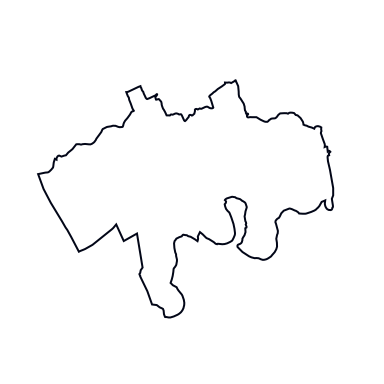 outline of Ploscuteni, Vrancea, Romania, rotated 255°
{"feature_id": "2599482B48240980122833", "entity_name": "Ploscuteni", "entity_type": "district", "adm_level": 2, "iso_a3": "ROU", "parent_name": "Romania", "parent_adm1": "Vrancea", "projection": "robinson", "projection_center": [27.264, 46.078], "detail": "fine", "context": "isolated", "style": "outline", "palette": "ink", "viewbox_px": 384, "rotation_deg": 255, "n_neighbors": 0, "source": "geoboundaries", "source_scale": "gbopen_adm2", "svg_char_len": 6092}
<svg xmlns="http://www.w3.org/2000/svg" viewBox="0 0 384 384"><g transform="rotate(255 192 192)"><path d="M273.4,119.9L268.2,113.4L267.1,112.5L265.5,110.5L265.0,109.4L264.4,107.6L264.3,106.2L264.6,105.1L266.1,101.1L266.5,98.7L266.5,97.1L267.4,95.4L267.9,93.5L268.0,92.5L264.4,87.7L263.6,86.0L262.1,82.6L260.1,79.8L260.2,77.9L260.0,75.1L261.5,73.2L261.6,72.3L261.2,71.4L260.0,70.1L259.4,69.8L258.3,69.5L259.5,68.1L256.3,66.1L252.8,64.7L251.6,64.1L249.9,61.7L248.7,59.5L248.3,58.4L248.3,57.5L248.7,55.3L249.1,48.0L233.3,49.4L218.1,52.8L197.2,58.9L190.4,60.7L187.7,61.7L179.7,63.7L163.6,67.3L163.9,68.4L164.3,71.9L164.6,74.0L166.7,82.2L176.8,105.1L177.6,106.6L180.3,110.4L162.3,113.4L166.1,128.1L131.8,124.7L129.7,122.2L127.2,121.0L126.4,120.0L125.9,119.9L124.7,120.2L124.2,120.3L123.9,120.1L107.7,123.2L93.7,124.3L91.9,128.7L89.0,130.9L87.2,133.1L86.6,133.7L84.8,133.9L81.2,133.3L78.3,133.6L78.0,134.2L77.9,134.8L76.8,137.1L76.4,138.6L76.5,142.2L77.2,146.4L77.8,148.3L78.2,149.1L78.7,150.2L80.1,152.0L81.9,153.6L84.8,155.2L87.0,155.9L90.0,156.2L94.3,155.9L95.6,155.6L100.2,153.5L101.9,152.9L104.0,152.5L106.9,149.4L109.7,147.8L112.7,149.8L115.9,151.6L119.7,153.3L122.4,154.3L123.0,154.8L124.1,156.3L125.4,157.7L126.0,158.1L129.2,159.6L130.7,160.0L134.3,160.1L136.0,160.5L137.9,160.2L142.5,160.5L147.1,161.4L149.1,162.5L149.5,163.0L150.1,163.9L150.9,164.7L151.1,165.1L151.2,166.1L151.5,167.1L151.7,168.5L151.8,170.5L152.8,171.8L153.0,172.5L152.0,174.6L151.6,175.8L150.3,176.9L149.1,179.1L145.4,182.7L143.1,184.6L144.2,185.3L145.3,185.8L147.5,186.1L151.2,189.3L148.3,191.4L144.8,193.4L143.7,194.1L142.0,196.3L137.9,200.1L135.9,201.4L135.1,202.7L135.3,203.0L135.3,203.6L133.7,207.8L133.3,210.0L133.3,212.5L133.5,213.7L133.9,215.9L134.5,217.9L135.1,218.7L137.0,220.4L139.2,222.1L140.0,222.5L141.1,222.9L145.5,223.5L150.4,223.8L157.2,223.4L161.5,222.9L162.6,222.7L164.5,221.5L166.9,220.5L169.5,220.3L171.7,220.4L172.6,221.7L173.8,222.4L175.1,222.1L175.7,221.7L176.1,222.1L176.6,223.3L176.8,224.1L177.0,228.9L177.0,229.5L175.8,232.3L174.5,233.4L172.8,236.4L171.5,237.5L170.3,238.3L170.0,238.8L168.7,240.0L168.0,240.5L167.1,240.8L163.6,241.0L163.0,240.9L162.0,240.3L159.5,238.7L156.5,237.4L154.9,236.5L150.1,236.0L148.7,236.3L147.6,236.2L146.7,235.5L144.3,235.7L143.6,235.4L143.2,234.1L139.4,233.3L136.6,231.5L135.0,229.7L133.8,228.6L132.4,228.2L130.6,227.1L129.9,226.3L129.5,225.3L129.2,223.0L129.0,222.5L128.4,222.0L127.6,221.8L127.0,221.8L121.0,225.2L115.1,230.5L113.5,232.5L111.8,235.5L111.6,236.9L110.9,238.9L110.4,239.7L109.2,241.1L108.1,242.9L107.8,244.6L107.8,246.6L108.2,248.4L109.2,251.4L109.5,252.0L109.9,252.4L112.5,256.3L114.9,258.6L117.2,260.0L121.0,260.9L125.0,261.3L128.6,263.1L129.9,264.1L132.2,264.9L140.2,264.9L140.8,264.7L142.2,265.1L142.8,265.6L143.8,267.0L144.3,268.3L144.6,269.4L146.0,270.8L148.3,272.7L150.2,275.8L150.8,281.4L150.8,281.9L150.4,282.8L149.4,284.3L147.6,286.4L147.0,287.4L145.3,289.0L144.5,289.5L143.5,289.9L142.4,293.2L141.7,295.7L141.6,296.9L141.9,302.0L142.4,305.4L142.9,307.1L143.6,308.2L144.0,309.1L144.8,310.4L145.5,311.4L148.9,314.7L149.1,316.6L149.4,318.5L147.2,317.6L146.0,317.2L144.1,317.1L143.1,317.2L141.3,317.7L140.4,318.2L139.3,319.4L138.6,321.4L138.9,322.5L139.7,323.2L140.6,323.6L141.1,324.3L142.4,324.6L149.2,325.3L152.2,327.5L159.3,329.4L177.7,331.0L186.5,331.3L190.2,331.9L191.2,332.2L191.8,332.6L191.9,333.0L191.9,333.6L192.0,334.0L192.9,334.0L194.1,334.4L195.0,336.0L196.0,335.5L196.4,334.9L196.6,334.5L196.1,333.6L200.7,334.3L201.3,333.1L201.1,331.8L202.3,332.3L203.9,332.6L209.4,332.1L215.4,331.7L216.4,332.1L217.3,332.8L219.2,333.0L220.9,333.6L222.1,332.4L222.4,331.8L223.0,330.8L223.2,329.6L223.1,328.2L223.0,327.9L222.4,327.2L221.5,326.5L223.3,324.3L225.0,321.4L226.4,319.9L227.1,318.5L228.2,317.1L229.2,317.3L231.2,317.3L235.3,316.0L238.7,313.8L239.6,312.1L241.5,311.2L241.9,310.9L242.7,309.2L243.2,307.6L243.3,306.4L242.8,305.0L243.6,303.8L244.2,301.8L245.1,297.5L244.2,295.4L242.5,293.3L241.8,291.9L241.7,291.1L242.2,288.7L242.3,287.5L241.3,284.7L240.7,284.1L240.3,282.9L240.9,280.9L241.7,279.7L244.1,276.9L247.6,273.6L249.3,267.3L249.5,265.6L249.7,265.2L250.2,264.8L250.7,264.7L251.4,264.8L252.6,266.3L253.1,266.3L253.4,265.9L252.8,264.9L254.5,264.5L255.5,264.8L257.1,264.3L259.4,264.6L260.9,264.9L264.0,264.8L269.8,263.0L271.3,262.3L272.1,262.2L274.1,262.4L277.0,263.1L282.3,264.0L286.7,263.3L287.2,263.0L287.7,263.2L288.6,263.0L288.6,262.6L288.0,261.4L287.1,258.0L287.8,257.2L288.1,256.5L288.4,255.3L288.5,254.3L289.2,252.2L288.1,252.0L287.7,251.7L286.3,248.2L284.8,243.6L283.2,240.4L282.7,238.7L281.8,237.1L280.8,234.7L279.9,233.4L279.2,233.4L277.9,233.9L274.9,234.2L268.0,234.4L267.8,234.2L267.6,233.1L267.8,232.3L268.2,231.4L268.7,230.7L270.3,229.1L270.6,228.5L270.7,226.9L270.0,223.0L270.0,222.3L270.7,221.0L270.2,219.0L271.0,218.1L271.2,216.8L270.7,216.1L269.4,215.8L267.0,214.5L266.5,213.4L265.9,212.4L265.9,211.6L266.7,210.9L267.0,210.0L266.9,209.4L266.4,208.8L265.1,208.0L264.5,207.0L262.9,204.9L262.3,203.6L262.5,203.3L263.3,202.9L268.2,202.1L269.4,201.8L269.9,201.5L270.1,200.8L270.1,200.0L270.2,199.6L270.9,199.0L271.7,197.8L272.0,197.1L272.1,196.1L271.7,193.6L271.8,193.0L272.2,192.2L272.3,191.6L272.2,191.3L271.7,190.6L271.7,190.3L272.6,187.3L276.2,186.7L279.0,186.0L279.9,185.6L280.9,185.5L283.2,185.3L284.9,185.4L285.4,185.6L287.2,185.6L290.2,184.1L290.4,183.7L290.4,181.5L290.6,181.1L293.1,181.1L294.3,182.8L295.0,183.5L295.4,183.6L295.6,183.4L295.6,183.1L295.2,182.5L294.7,182.3L294.9,182.0L294.6,181.6L294.7,181.0L293.6,175.1L293.4,172.8L293.7,172.3L295.2,171.6L295.8,171.6L299.5,170.9L301.5,170.8L301.9,170.5L303.4,170.0L305.7,169.9L306.2,169.6L307.6,169.6L307.4,167.5L305.4,156.7L305.3,155.6L305.5,154.4L301.4,154.8L299.5,155.4L297.3,155.2L293.3,155.7L288.0,156.1L285.5,156.8L285.3,156.5L285.2,154.9L284.8,154.0L282.8,152.1L280.0,148.6L278.2,145.9L276.6,144.3L275.3,143.4L274.1,142.8L273.0,142.0L272.9,141.6L272.9,141.1L273.3,139.0L274.0,137.6L275.7,135.3L276.4,133.1L276.5,132.2L276.4,131.0L276.8,127.2L276.8,126.4L275.9,122.1L275.4,121.5L273.4,119.9Z" fill="none" stroke="#020617" stroke-width="2"/></g></svg>